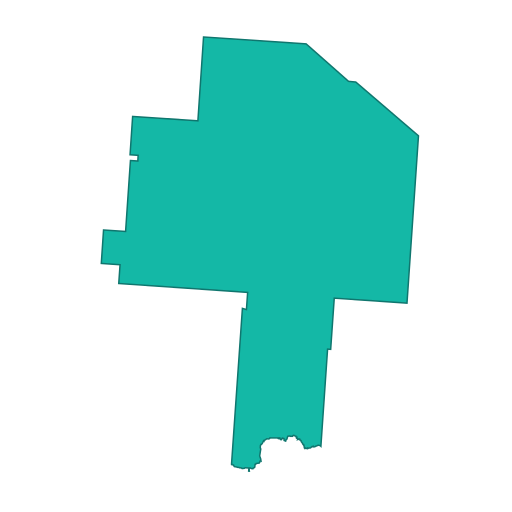 76, Al Khawr, Qatar, rotated 274°
{"feature_id": "91078587B47360643234421", "entity_name": "76", "entity_type": "district", "adm_level": 2, "iso_a3": "QAT", "parent_name": "Qatar", "parent_adm1": "Al Khawr", "projection": "albers", "projection_center": [51.019, 25.84], "detail": "fine", "context": "isolated", "style": "filled", "palette": "teal", "viewbox_px": 512, "rotation_deg": 274, "n_neighbors": 0, "source": "geoboundaries", "source_scale": "gbopen_adm2", "svg_char_len": 1848}
<svg xmlns="http://www.w3.org/2000/svg" viewBox="0 0 512 512"><g transform="rotate(274 256 256)"><path d="M470.8,188.4L432.6,188.5L386.8,188.6L386.6,123.2L348.2,123.3L348.2,131.4L342.5,131.5L342.5,124.1L326.5,124.1L271.4,124.2L271.3,102.1L237.8,102.2L237.8,121.0L219.0,121.0L219.1,250.2L201.9,250.2L202.8,246.1L46.9,246.1L46.9,246.3L46.2,246.3L45.9,248.2L45.3,248.4L44.4,249.1L44.2,251.6L43.9,252.0L43.9,253.8L43.6,254.2L43.6,255.7L43.3,256.7L43.0,257.0L43.4,259.2L44.0,259.9L44.0,263.7L40.9,263.7L40.9,264.3L41.2,264.2L44.0,264.0L44.2,265.3L43.9,265.6L43.6,266.5L43.6,267.8L44.4,268.1L44.5,268.7L45.3,269.5L48.1,269.6L48.3,270.3L49.0,270.6L49.7,273.7L50.3,273.9L50.6,274.2L51.5,274.2L52.0,274.7L51.8,275.3L54.0,274.8L56.8,273.6L63.7,274.2L64.6,273.9L64.9,273.6L67.4,273.6L67.7,273.9L68.4,274.0L68.5,274.7L68.9,274.9L69.6,275.4L71.3,276.1L72.1,276.4L71.8,276.9L72.7,277.0L73.2,278.1L74.4,279.4L74.4,281.6L74.9,282.3L75.5,282.5L76.0,290.3L75.4,291.0L75.4,291.3L75.5,291.4L76.2,291.6L76.2,292.5L75.2,292.7L74.6,293.2L74.6,294.1L75.2,294.1L75.4,294.7L75.5,294.9L76.2,295.0L75.9,296.6L74.0,296.9L74.0,298.2L73.4,298.2L73.4,298.5L74.6,298.7L75.5,299.6L78.3,300.2L78.5,300.4L78.8,302.6L78.5,302.9L78.7,305.1L79.3,305.2L79.7,305.7L79.7,306.6L79.1,307.6L79.0,308.5L78.0,308.8L78.0,309.5L77.1,309.2L76.5,310.7L75.8,310.4L76.0,311.0L76.4,311.5L76.5,312.3L75.5,312.6L75.4,313.2L74.9,313.9L74.0,314.0L73.0,315.0L71.2,316.1L71.2,316.7L70.5,316.8L70.2,317.1L68.1,317.6L68.1,318.2L67.4,318.2L67.6,319.2L67.4,320.8L68.1,320.8L67.9,321.7L68.2,322.3L68.2,323.3L68.5,323.9L69.8,325.1L70.2,326.4L69.6,326.4L69.8,328.0L70.7,329.2L70.7,329.8L71.3,330.5L71.6,331.4L71.3,333.3L70.7,334.0L168.1,333.9L168.1,337.0L219.4,337.0L219.5,409.9L387.2,409.7L436.5,343.4L436.7,336.1L471.1,291.2L471.1,285.6L470.8,188.4Z" fill="#14b8a6" stroke="#0f766e" stroke-width="1.5"/></g></svg>